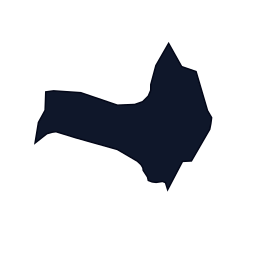 Ptuj, Natural Earth projection, rotated 329°
{"feature_id": "SVN-216", "entity_name": "Ptuj", "entity_type": "Municipality", "adm_level": 1, "iso_a3": "SVN", "parent_name": "Slovenia", "parent_adm1": "", "projection": "natural_earth1", "projection_center": [15.87, 46.441], "detail": "fine", "context": "isolated", "style": "filled", "palette": "ink", "viewbox_px": 256, "rotation_deg": 329, "n_neighbors": 0, "source": "natural_earth", "source_scale": "10m", "svg_char_len": 617}
<svg xmlns="http://www.w3.org/2000/svg" viewBox="0 0 256 256"><g transform="rotate(329 128 128)"><path d="M76.1,54.7L83.3,57.8L105.7,73.4L130.7,103.0L145.9,111.3L154.1,113.0L161.8,111.1L166.9,107.4L169.9,102.5L184.1,88.8L206.4,76.4L205.6,103.0L215.4,114.7L205.1,154.1L205.0,162.2L201.2,167.0L197.4,171.2L165.4,188.9L157.5,184.7L130.2,201.3L132.0,194.1L130.1,191.6L124.1,189.1L120.9,186.6L118.4,183.4L119.5,180.0L119.2,172.2L120.3,169.7L120.3,166.1L118.9,161.2L107.8,140.9L78.4,109.7L64.4,94.1L61.0,92.6L55.5,91.1L40.6,93.0L54.1,77.1L66.1,70.1L76.1,54.7Z" fill="#0f172a" stroke="#020617" stroke-width="1.5"/></g></svg>